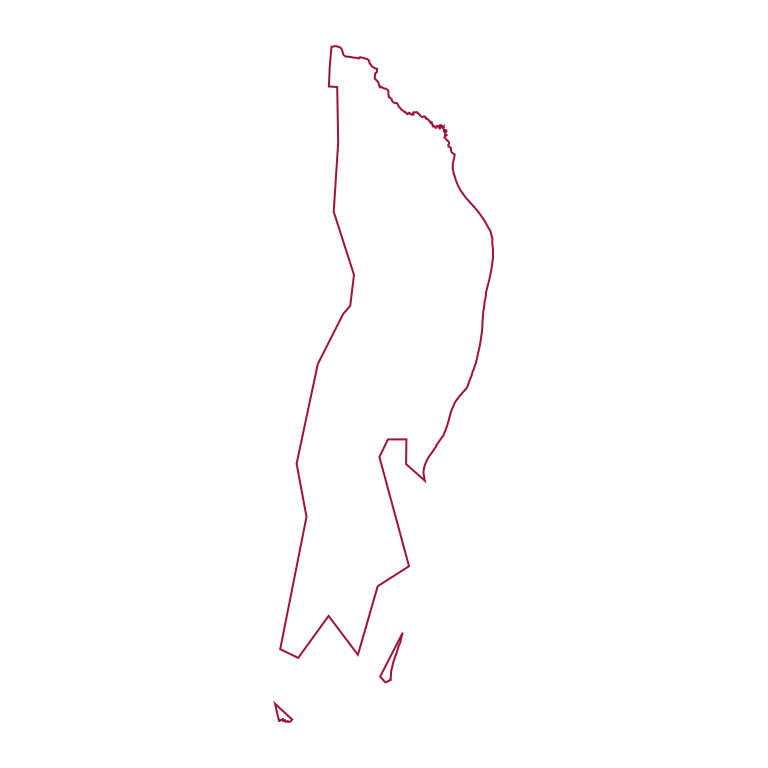 the district of Aurukun, Queensland, Australia, rotated 180°
{"feature_id": "25037944B73642390976852", "entity_name": "Aurukun", "entity_type": "district", "adm_level": 2, "iso_a3": "AUS", "parent_name": "Australia", "parent_adm1": "Queensland", "projection": "natural_earth1", "projection_center": [141.751, -13.513], "detail": "fine", "context": "isolated", "style": "outline", "palette": "rose", "viewbox_px": 768, "rotation_deg": 180, "n_neighbors": 0, "source": "geoboundaries", "source_scale": "gbopen_adm2", "svg_char_len": 6054}
<svg xmlns="http://www.w3.org/2000/svg" viewBox="0 0 768 768"><g transform="rotate(180 384 384)"><path d="M390.3,181.8L359.0,201.8L388.6,311.0L380.1,328.6L361.6,328.6L361.9,303.9L343.2,287.3L343.7,289.6L343.7,290.7L343.9,291.2L344.5,295.1L344.5,295.9L344.3,297.8L343.7,301.0L342.6,304.4L340.3,309.4L338.0,313.0L337.2,313.8L334.5,317.8L333.0,320.1L332.2,321.0L331.8,321.6L331.8,322.1L331.9,322.3L325.8,331.1L324.7,332.1L324.0,334.0L323.6,335.6L323.1,336.1L322.5,337.6L320.9,342.4L320.5,343.4L319.7,346.5L319.2,347.9L319.0,349.1L317.9,353.0L317.7,354.2L317.4,354.9L316.8,356.7L316.5,357.4L316.3,358.1L315.7,359.4L315.1,361.0L314.3,362.5L313.4,364.9L312.3,366.7L311.1,368.5L310.1,369.5L309.0,371.1L308.7,371.7L308.1,372.2L305.4,375.5L304.0,376.9L303.8,377.0L303.1,378.0L302.3,378.6L301.8,379.3L300.4,381.8L298.8,386.5L297.2,390.7L296.6,391.8L295.3,396.6L294.5,398.2L293.5,401.1L293.0,402.8L292.1,405.0L291.9,406.7L291.5,407.5L290.6,411.5L290.1,415.0L289.7,415.6L289.4,416.6L288.9,419.6L288.5,420.7L287.2,428.3L286.5,433.6L286.1,435.3L286.0,436.4L286.0,437.3L285.7,440.3L285.4,447.9L285.1,450.5L285.1,452.2L284.9,453.5L284.9,454.8L284.5,457.6L284.2,459.1L283.5,464.2L283.5,465.6L283.0,468.2L282.2,471.9L282.1,472.9L282.0,475.6L280.4,481.9L278.9,487.4L276.6,498.5L276.1,502.5L275.9,503.3L275.6,506.1L275.2,508.6L275.0,511.1L275.0,519.0L275.6,523.1L275.7,527.6L275.7,528.5L275.5,529.2L275.5,529.5L275.6,529.9L276.0,530.3L277.1,535.2L277.9,537.6L278.5,538.6L279.6,540.2L283.7,547.6L288.7,554.8L290.2,556.7L294.1,561.3L298.7,566.4L299.9,567.9L300.9,568.8L303.1,571.5L307.1,577.1L310.1,582.6L312.2,587.9L313.7,593.0L314.4,594.2L314.3,595.1L314.4,595.7L315.1,598.1L315.3,599.4L315.3,602.6L315.1,604.6L314.8,606.2L313.7,610.8L313.6,611.9L313.5,612.2L313.3,613.3L313.4,613.5L314.2,614.3L314.6,614.4L316.1,615.3L316.4,615.7L316.6,616.2L316.9,617.2L317.1,620.1L318.6,621.4L318.9,621.3L319.3,621.4L319.8,622.0L319.8,622.8L319.2,623.7L319.0,624.3L319.0,625.3L319.3,626.1L320.3,627.2L321.2,627.9L322.0,629.1L323.5,630.6L323.4,630.7L323.1,631.5L323.1,632.4L323.1,632.8L322.9,633.0L322.5,633.2L322.2,632.8L321.9,632.7L321.4,632.7L321.3,632.8L321.4,633.0L322.0,633.2L322.2,633.4L322.7,634.1L323.0,634.9L322.9,635.3L322.5,636.0L321.7,636.3L321.5,637.5L322.3,637.9L322.5,637.9L323.3,636.7L324.0,636.5L324.2,636.8L324.2,637.2L323.8,638.3L324.0,638.6L324.6,639.0L324.8,639.6L324.7,640.0L324.3,640.4L324.6,640.7L324.5,641.2L325.0,640.7L325.4,640.6L325.8,641.1L325.9,641.6L326.3,641.3L326.5,641.3L326.7,641.6L326.7,642.1L326.5,642.4L326.6,642.6L327.0,642.8L327.8,642.9L328.1,642.6L328.0,641.7L328.1,641.4L327.6,640.9L327.4,640.2L327.9,639.6L328.2,639.5L328.7,639.9L328.9,640.8L329.3,641.5L329.6,641.7L330.6,642.2L330.8,642.2L331.2,641.8L331.4,640.6L332.0,640.1L332.4,640.1L332.7,640.3L333.4,641.5L334.1,642.1L334.4,642.0L334.8,641.6L335.2,641.6L335.4,642.2L335.0,642.5L335.0,642.8L335.5,643.2L335.8,644.0L336.3,644.5L336.2,645.5L336.3,645.7L336.5,645.6L336.8,645.8L337.0,645.8L337.1,645.5L337.1,645.1L337.3,645.0L337.5,645.4L337.2,645.8L337.5,646.1L337.7,646.5L338.3,646.5L338.5,646.9L339.4,647.7L340.2,648.9L340.6,649.0L340.9,648.9L341.9,649.4L342.3,649.9L342.1,650.5L342.8,651.0L342.9,651.3L343.2,651.5L343.6,651.4L344.1,651.6L344.5,651.6L344.9,651.3L345.7,651.0L346.4,651.1L347.4,652.2L347.9,652.5L348.3,653.3L348.8,653.9L349.1,654.0L349.8,654.7L350.6,655.1L350.7,655.6L351.1,655.9L352.4,655.6L352.9,655.7L354.4,655.8L354.8,655.3L354.7,654.6L354.9,654.3L354.6,654.0L354.5,653.7L354.9,653.7L355.1,653.4L355.3,653.8L355.5,653.9L356.0,653.9L356.8,653.6L357.7,654.2L358.1,654.3L358.2,654.6L358.4,654.4L358.5,654.4L358.6,654.9L358.8,655.2L359.0,655.2L359.2,654.8L359.6,654.6L359.9,654.6L360.2,654.5L360.6,653.9L361.5,654.4L361.9,655.2L362.6,656.0L362.9,656.1L363.8,656.1L365.0,657.4L367.0,658.7L367.6,659.9L368.9,660.8L370.5,664.2L370.5,664.3L370.8,664.7L371.8,665.0L373.3,665.0L373.5,665.2L374.6,665.7L375.5,666.4L375.9,667.3L376.2,668.4L377.1,669.5L378.1,670.4L379.2,670.9L379.2,672.7L379.6,673.5L379.5,675.1L379.7,676.1L379.6,676.9L380.1,677.9L381.9,679.1L382.3,679.3L384.4,679.7L384.9,680.1L385.4,680.2L387.0,681.3L387.4,680.9L387.5,680.6L388.0,680.6L388.5,681.5L389.0,683.7L389.3,684.2L389.3,684.7L390.2,686.3L390.8,687.1L391.5,687.6L392.6,689.0L393.1,689.2L393.3,689.6L393.3,690.8L392.8,692.9L393.0,693.9L392.9,694.3L392.3,695.1L391.4,695.5L391.2,695.8L390.9,698.7L390.9,699.2L392.0,699.4L393.3,699.9L394.2,700.4L395.1,701.1L395.7,701.3L396.1,701.8L396.7,702.3L397.4,703.8L398.5,704.5L398.6,704.9L398.6,706.5L399.7,708.2L400.4,708.7L401.0,709.1L401.4,709.0L403.6,709.7L404.7,710.2L405.1,710.1L406.5,710.3L407.8,710.9L408.3,710.7L408.8,709.8L409.6,709.6L410.5,710.2L411.5,710.0L413.1,710.4L414.9,710.4L417.2,711.0L418.3,710.9L419.4,711.4L420.7,711.2L422.6,711.7L423.7,712.3L424.6,713.3L425.0,714.3L425.0,714.9L425.5,716.2L426.1,718.3L426.6,719.2L427.4,720.3L427.6,720.5L428.6,720.6L429.4,721.2L430.7,721.4L431.6,721.9L432.6,721.9L433.7,721.7L435.1,721.3L436.5,721.3L438.3,700.7L439.1,681.5L430.8,681.0L429.8,625.1L434.3,556.3L414.0,493.1L417.8,462.1L424.8,454.1L450.2,404.0L471.4,304.3L461.5,251.2L487.8,118.8L469.8,110.1L439.4,152.1L410.1,113.2L408.3,119.3L390.3,181.8ZM365.5,134.4L365.7,134.5L387.9,91.3L384.5,87.9L384.5,87.7L384.4,87.3L383.7,86.8L383.2,86.1L382.5,85.7L382.2,85.7L380.1,86.8L379.1,87.0L378.3,87.8L377.8,87.9L377.7,88.0L377.9,88.3L377.7,88.9L377.4,88.4L377.2,88.4L377.4,89.2L377.1,91.8L376.9,95.8L376.8,97.3L375.8,100.5L375.4,103.3L374.9,104.6L374.7,106.0L373.8,108.2L373.6,109.1L373.1,110.4L372.8,111.6L371.9,113.4L369.2,122.4L368.8,123.4L367.9,124.8L367.6,125.6L367.2,128.1L366.6,130.5L366.3,131.9L366.2,132.6L365.8,133.3L365.5,134.4ZM493.0,64.3L489.0,47.1L488.5,47.0L488.2,47.1L488.0,47.4L488.1,47.8L487.9,48.0L487.1,47.8L486.7,48.0L486.0,48.0L485.6,48.3L485.3,49.0L485.1,49.0L485.0,48.8L484.9,48.6L485.2,48.0L485.1,47.4L485.0,47.2L484.3,46.8L483.9,47.0L483.3,47.7L482.9,47.8L482.6,47.4L482.4,46.4L482.2,46.2L480.9,46.3L480.2,46.9L479.6,46.2L479.2,46.1L477.6,46.4L477.1,46.9L475.9,48.5L493.0,64.3Z" fill="none" stroke="#9f1239" stroke-width="2"/></g></svg>